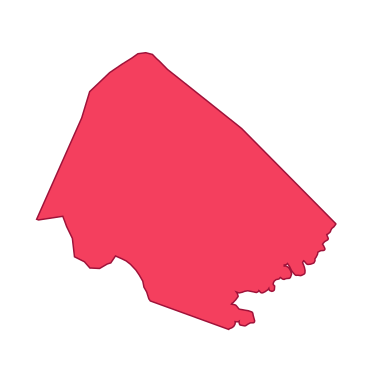 Mongomoyen, Wele-Nzás, Equatorial Guinea, rotated 281°
{"feature_id": "11065452B2915005607236", "entity_name": "Mongomoyen", "entity_type": "district", "adm_level": 2, "iso_a3": "GNQ", "parent_name": "Equatorial Guinea", "parent_adm1": "Wele-Nzás", "projection": "robinson", "projection_center": [11.002, 1.641], "detail": "fine", "context": "isolated", "style": "filled", "palette": "rose", "viewbox_px": 384, "rotation_deg": 281, "n_neighbors": 0, "source": "geoboundaries", "source_scale": "gbopen_adm2", "svg_char_len": 4305}
<svg xmlns="http://www.w3.org/2000/svg" viewBox="0 0 384 384"><g transform="rotate(281 192 192)"><path d="M135.6,44.7L135.3,46.7L143.5,69.8L139.2,72.5L134.2,75.5L123.7,83.4L106.0,89.0L103.0,99.7L97.9,106.3L98.2,108.0L98.4,109.6L99.3,115.9L105.2,122.6L106.9,125.8L114.6,129.1L113.1,135.7L111.8,140.5L109.3,145.4L104.6,151.9L100.4,156.1L95.1,160.7L89.4,163.0L85.2,166.6L78.9,170.0L77.1,171.9L64.1,254.3L64.9,254.7L66.1,256.7L66.3,256.9L66.4,257.1L67.9,258.5L68.3,258.6L68.5,258.8L70.0,259.3L70.3,259.4L70.5,259.4L71.8,259.4L72.1,259.3L72.4,259.3L73.0,259.1L73.0,259.4L73.0,259.9L73.3,261.6L73.5,262.0L73.7,262.5L74.1,262.9L73.7,262.9L73.4,263.0L73.1,263.0L71.8,263.6L71.6,263.7L71.3,263.9L71.0,264.1L71.0,264.3L70.8,264.4L70.8,264.7L70.6,265.0L70.6,265.4L70.6,268.8L70.6,269.1L70.7,269.5L70.8,269.8L71.0,270.0L71.1,270.3L73.1,272.3L74.7,274.3L75.1,276.1L75.2,276.8L75.3,276.8L75.3,277.0L75.5,277.3L75.7,277.6L75.8,277.7L75.8,277.8L76.1,277.9L76.4,278.1L76.5,278.1L77.0,278.1L77.3,278.1L77.5,278.1L79.3,277.2L82.4,275.7L84.6,274.8L84.9,274.5L85.3,274.3L85.3,274.2L85.5,273.8L85.7,273.4L86.2,270.1L86.1,269.9L86.2,269.7L86.1,266.8L86.1,263.7L86.0,261.4L86.2,260.3L87.7,258.6L89.1,256.8L89.1,256.6L89.3,256.4L89.3,256.1L89.4,255.8L89.4,255.6L89.5,255.4L89.4,252.1L90.3,252.4L91.2,253.4L91.5,253.6L91.8,253.8L93.0,254.5L94.5,255.5L94.8,255.6L97.7,257.0L98.1,257.1L98.4,257.2L98.5,257.1L98.9,257.0L99.2,256.9L101.0,255.8L101.1,255.7L101.3,255.6L102.3,254.6L101.9,256.8L101.9,257.0L102.0,257.4L102.0,257.8L102.1,258.0L103.0,260.0L103.1,260.3L104.6,262.7L105.7,265.6L105.7,271.5L105.6,273.6L105.6,273.9L105.6,274.3L105.8,274.6L106.0,274.9L106.1,275.1L106.8,275.9L107.0,276.0L107.4,276.3L107.6,276.4L107.8,276.4L108.0,276.4L107.9,276.7L107.9,276.8L106.7,278.2L106.5,278.6L106.4,278.8L106.3,279.0L106.3,279.5L106.3,279.8L106.3,280.0L106.5,280.4L106.6,280.8L107.8,282.4L107.9,282.5L108.0,282.7L110.3,284.9L110.6,285.0L110.8,285.3L112.1,285.8L111.1,286.2L110.7,286.5L110.3,286.7L110.1,287.2L109.9,287.6L109.8,288.6L109.8,288.9L109.7,289.3L109.8,289.4L109.8,289.6L110.0,289.9L110.1,290.2L110.5,290.8L110.8,291.0L111.1,291.3L111.6,291.4L112.0,291.5L114.7,291.2L115.0,291.1L115.3,291.1L115.4,290.9L115.6,290.9L115.7,290.6L116.0,290.4L116.6,289.5L117.3,289.2L118.8,289.3L120.3,289.8L122.0,291.2L122.3,291.9L123.1,293.7L123.3,293.9L123.5,294.2L123.6,294.3L123.7,294.5L124.0,294.5L124.9,294.9L125.0,295.1L123.9,297.2L123.9,297.3L123.8,297.7L123.7,298.2L123.8,298.7L123.9,299.2L124.0,299.2L125.1,301.3L125.7,303.6L125.8,303.6L126.0,304.1L126.2,304.4L126.3,304.5L126.6,304.7L127.0,304.9L130.2,305.4L130.3,305.4L130.7,305.3L131.0,305.2L133.9,303.5L134.1,303.3L134.3,303.2L136.1,301.4L136.3,300.9L136.6,300.5L137.2,298.3L137.2,298.1L137.2,297.7L137.2,297.3L137.1,297.2L136.9,296.7L137.9,296.4L138.8,298.4L139.2,298.8L139.5,299.1L140.0,299.4L139.8,299.6L137.7,301.8L133.8,304.7L133.7,304.9L133.5,305.0L130.5,308.7L130.3,309.2L130.1,309.6L130.1,310.1L130.2,310.6L130.5,312.0L130.6,314.2L130.6,314.3L130.6,314.5L130.8,314.8L130.9,315.1L131.0,315.2L131.0,315.4L132.7,317.6L133.0,317.8L133.3,318.1L133.8,318.2L134.2,318.3L136.2,318.0L136.4,317.9L136.7,317.9L139.5,316.7L142.2,315.1L142.3,315.0L143.7,314.0L145.4,314.5L145.8,314.7L145.5,315.4L143.4,318.0L143.2,318.5L143.0,318.9L143.0,319.0L143.0,319.4L143.1,319.9L143.1,320.0L143.8,322.2L143.9,322.4L144.0,322.6L145.2,324.6L145.3,324.7L145.4,324.9L145.6,325.0L145.9,325.3L146.0,325.3L147.6,325.8L148.0,325.8L148.4,325.8L148.5,325.8L149.8,325.4L151.4,326.1L151.5,326.2L154.8,327.1L155.1,327.1L155.4,327.1L156.9,327.0L157.8,328.1L159.0,329.6L159.6,332.0L159.8,332.5L160.0,332.8L160.3,333.0L160.5,333.2L160.8,333.3L161.1,333.3L161.4,333.4L161.5,333.3L161.9,333.1L162.2,333.0L164.6,331.2L165.7,330.1L166.6,330.5L168.6,331.7L170.7,334.1L170.9,334.2L171.1,334.4L171.3,334.4L171.5,334.6L171.9,334.6L172.2,334.6L172.4,334.6L172.6,334.4L172.8,334.4L175.3,332.7L176.0,332.4L176.4,333.0L176.6,333.3L176.9,333.6L178.8,335.1L179.2,335.2L179.5,335.4L181.1,335.6L183.0,336.3L184.8,337.8L185.0,338.0L185.3,338.1L187.6,339.2L187.8,339.2L188.0,339.3L188.3,339.2L263.8,228.6L290.9,176.7L291.8,175.0L307.6,144.6L314.2,135.0L316.1,131.8L319.5,126.9L319.9,120.0L317.4,112.5L312.0,107.4L304.1,98.9L293.5,88.4L271.0,72.4L243.7,69.6L135.6,44.7Z" fill="#f43f5e" stroke="#9f1239" stroke-width="1.5"/></g></svg>